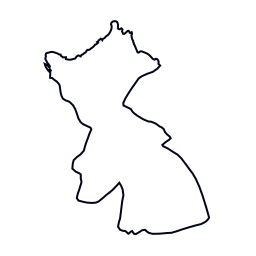 Kampot, Kâmpôt, Cambodia (Robinson projection), rotated 185°
{"feature_id": "14789045B30101496421605", "entity_name": "Kampot", "entity_type": "district", "adm_level": 2, "iso_a3": "KHM", "parent_name": "Cambodia", "parent_adm1": "Kâmpôt", "projection": "robinson", "projection_center": [104.179, 10.591], "detail": "fine", "context": "isolated", "style": "outline", "palette": "ink", "viewbox_px": 256, "rotation_deg": 185, "n_neighbors": 0, "source": "geoboundaries", "source_scale": "gbopen_adm2", "svg_char_len": 3749}
<svg xmlns="http://www.w3.org/2000/svg" viewBox="0 0 256 256"><g transform="rotate(185 128 128)"><path d="M101.4,193.0L103.3,194.6L103.2,195.8L103.4,197.1L103.9,198.0L104.6,198.8L105.6,199.4L106.6,199.2L107.4,198.4L108.4,198.8L109.3,199.0L110.2,199.8L111.4,201.0L112.3,201.8L113.2,202.5L114.2,203.1L115.3,203.8L116.5,204.1L117.8,204.6L118.9,204.9L119.9,205.2L120.8,205.5L122.0,205.5L122.9,205.1L123.8,204.1L125.0,204.1L128.6,211.0L129.4,212.0L129.6,213.1L130.3,214.0L130.4,215.1L131.0,216.0L131.6,216.9L132.0,218.1L132.3,219.2L132.6,220.4L132.4,221.5L132.3,222.6L132.7,223.7L133.7,222.9L134.7,223.1L135.1,224.2L136.0,224.9L137.0,224.5L137.8,223.6L138.4,222.8L139.2,222.0L140.1,221.4L141.0,221.4L141.6,222.5L142.3,223.5L142.3,224.5L142.1,225.7L143.1,226.7L144.1,226.2L145.0,225.6L146.2,225.8L146.8,226.8L146.9,228.2L146.8,229.5L147.5,231.6L148.2,232.8L149.3,233.2L150.4,233.3L152.4,232.8L153.5,231.8L153.9,230.7L153.9,229.4L153.2,228.4L153.1,227.1L153.1,225.7L153.3,224.6L153.6,223.6L154.1,222.2L154.8,220.8L155.3,219.8L156.2,218.8L157.3,217.9L158.3,216.9L158.9,215.9L159.9,215.1L160.8,214.6L161.3,213.2L162.1,214.0L162.9,214.6L163.7,213.7L164.9,212.7L165.3,211.6L166.2,211.0L165.3,210.3L166.5,209.1L167.2,208.5L168.2,208.0L168.8,206.9L169.5,206.0L170.4,205.2L171.2,204.4L172.2,203.7L173.0,202.8L173.9,202.3L174.9,202.4L175.8,201.6L176.3,200.6L176.8,199.6L177.7,199.1L178.5,198.4L179.3,197.5L180.2,197.1L181.0,196.3L181.4,195.2L182.8,195.7L183.7,196.0L184.8,195.2L185.6,194.6L186.0,193.6L186.8,192.6L187.7,192.2L188.7,192.0L189.7,191.5L190.7,191.2L191.7,191.0L192.7,190.9L193.7,191.0L195.9,191.2L196.0,193.1L198.0,192.8L199.0,192.7L200.0,193.5L200.9,193.9L201.6,195.3L202.7,195.2L203.8,195.6L204.7,196.1L205.7,196.4L207.1,196.7L208.6,197.0L209.7,197.2L210.9,197.1L212.1,196.8L213.0,196.4L214.2,196.0L215.4,195.6L216.2,195.0L216.4,193.5L216.0,192.0L216.3,191.0L216.3,189.5L215.7,188.4L215.0,187.5L214.3,186.3L213.6,185.4L212.4,184.4L211.8,183.5L211.2,182.5L211.5,181.2L212.4,182.2L213.8,183.5L216.5,184.6L215.5,182.2L214.8,181.1L213.7,179.7L212.9,178.7L211.8,177.7L211.0,179.8L209.9,178.6L210.4,177.4L210.2,175.5L210.0,171.2L207.9,171.2L205.8,169.7L203.6,168.4L202.8,167.9L201.0,166.1L200.1,165.0L199.6,163.8L199.1,161.4L198.2,157.5L197.0,154.1L195.4,151.6L192.8,150.2L188.6,149.0L184.8,145.9L182.2,142.2L179.9,137.3L178.2,133.1L175.6,129.6L172.9,127.8L168.7,126.3L165.3,125.0L164.4,123.5L164.9,122.0L165.9,119.0L167.0,114.8L168.7,108.5L170.1,101.4L173.2,97.3L176.2,94.8L179.3,91.2L179.7,89.0L179.9,87.5L179.9,82.7L176.0,79.8L172.9,78.8L171.0,77.7L170.8,75.6L170.7,73.7L169.8,71.0L169.7,69.4L171.0,63.3L172.5,57.1L172.9,53.7L171.0,51.4L166.5,50.6L162.2,50.1L157.7,50.2L155.9,50.4L153.5,50.9L150.9,52.2L147.2,55.8L143.7,59.5L140.7,62.2L137.7,65.3L134.3,69.5L131.9,72.7L129.8,69.8L128.0,66.3L126.7,60.6L127.4,54.3L127.6,48.8L127.8,42.1L128.0,37.1L128.8,33.8L129.3,28.8L127.0,25.9L124.5,25.2L121.6,25.1L118.5,22.7L117.6,23.3L116.1,25.1L114.9,25.7L114.0,24.6L113.0,23.3L111.0,23.0L109.3,24.1L107.3,25.6L105.2,27.3L102.2,28.1L100.3,26.6L98.1,25.4L94.4,24.7L87.1,25.5L80.5,26.7L75.5,27.4L69.7,29.7L65.3,31.7L58.3,34.5L52.2,36.8L46.8,38.7L42.7,41.2L40.5,43.7L39.5,45.5L39.8,46.9L41.6,51.7L43.8,57.3L47.8,67.0L51.7,75.5L56.0,83.2L59.7,88.4L63.4,92.5L67.6,97.3L72.5,102.7L76.2,105.7L81.6,108.4L86.2,110.9L91.5,113.0L92.3,114.2L89.4,117.1L86.1,119.8L84.6,121.5L85.5,122.9L88.5,125.0L90.7,127.1L92.5,130.2L94.9,131.8L96.7,132.3L98.7,133.6L101.0,134.9L105.5,136.3L108.3,136.3L111.5,137.3L114.0,138.2L119.5,140.9L122.9,143.0L125.0,144.7L126.8,147.1L130.9,148.7L134.4,150.0L134.9,152.5L133.1,157.5L129.9,163.9L127.4,168.5L124.3,173.8L121.6,178.4L118.7,180.8L113.7,183.6L108.2,186.1L104.0,189.6L101.4,193.0Z" fill="none" stroke="#020617" stroke-width="2"/></g></svg>